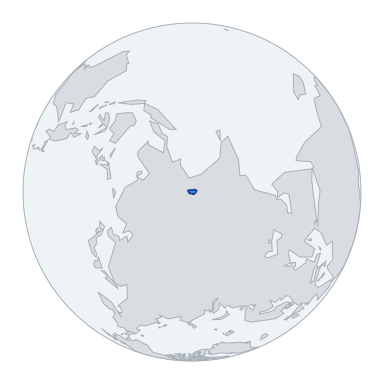 globe centered on Bhutan, rotated 178°
{"feature_id": "BTN", "entity_name": "Bhutan", "entity_type": "country or territory", "adm_level": 0, "iso_a3": "BTN", "parent_name": "Asia", "parent_adm1": "", "projection": "orthographic", "projection_center": [90.584, 27.506], "detail": "fine", "context": "on_globe", "style": "filled", "palette": "blue", "viewbox_px": 384, "rotation_deg": 178, "n_neighbors": 0, "source": "natural_earth", "source_scale": "50m", "svg_char_len": 11631}
<svg xmlns="http://www.w3.org/2000/svg" viewBox="0 0 384 384"><g transform="rotate(178 192 192)"><circle cx="192" cy="192" r="169" fill="#eef3f6" stroke="#a8b0b8"/><path d="M256.1,35.7L254.7,35.4L261.5,40.8L268.7,44.7L263.1,42.5L280.2,52.1L287.2,58.7L276.2,50.0L272.7,48.3L275.8,51.8L272.9,50.9L272.7,52.2L268.9,50.9L262.8,46.5L260.2,45.8L262.6,48.4L260.3,49.1L257.2,45.3L252.8,46.4L241.8,40.3L236.6,33.1L227.3,30.4L213.7,25.4L211.8,25.5L205.4,24.4L200.9,24.3L199.6,23.8L197.1,24.2L199.1,24.7L198.6,25.2L196.1,25.3L194.1,24.6L195.1,24.4L193.2,24.3L193.2,24.0L191.8,24.2L189.6,23.6L188.1,24.5L183.2,24.3L182.8,23.9L187.7,23.5L195.9,23.1L208.3,23.8L220.5,25.5L232.6,28.0L244.5,31.4L256.1,35.7ZM176.3,23.8L176.6,23.7L171.0,24.4L164.3,25.3L164.2,25.3L176.3,23.8ZM157.0,26.7L156.9,26.7L156.4,26.8L157.0,26.7ZM274.5,48.1L272.5,46.3L275.5,48.4L274.5,48.1ZM273.3,52.6L274.8,53.5L274.1,53.9L273.3,52.6ZM178.3,23.6L178.1,23.6L178.3,23.6ZM184.3,23.2L184.6,23.2L183.7,23.3L181.9,23.4L183.0,23.3L184.3,23.2ZM267.6,52.4L266.0,52.9L266.6,51.6L267.6,52.4ZM179.9,23.5L186.8,23.1L189.1,23.1L187.7,23.4L179.9,23.5ZM264.3,52.8L260.4,54.6L263.5,56.5L252.6,52.4L259.6,52.0L259.8,49.9L261.7,51.8L264.3,52.8ZM200.8,24.9L198.5,24.3L202.7,24.7L200.8,24.9ZM203.6,25.0L217.0,26.4L219.1,27.6L214.2,26.7L218.7,28.5L213.1,28.3L209.3,27.3L209.1,26.5L207.1,27.1L203.6,25.0ZM247.3,50.1L245.4,50.0L246.2,49.3L247.3,50.1ZM198.8,25.4L201.3,25.4L203.3,26.4L198.5,26.5L199.4,26.1L198.8,25.4ZM222.7,29.1L223.3,30.1L218.9,30.1L218.6,30.5L213.1,28.4L222.7,29.1ZM197.7,26.0L196.1,26.6L192.9,26.4L196.4,25.5L197.7,26.0ZM205.8,26.6L206.5,27.2L204.5,26.9L205.8,26.6ZM180.6,26.4L183.6,26.1L184.9,26.5L180.6,26.4ZM195.7,26.9L196.8,27.0L197.7,27.2L196.0,27.6L195.7,26.9ZM210.4,28.7L208.5,28.7L212.4,29.6L209.3,29.9L206.3,28.5L206.3,29.2L205.3,29.4L203.9,28.1L210.4,28.7ZM196.8,28.7L191.8,27.4L186.0,27.7L184.7,27.3L194.3,27.0L196.8,28.7ZM201.1,28.4L198.1,28.4L198.0,27.7L199.9,27.3L201.1,28.4ZM208.3,30.7L213.9,30.5L214.3,30.9L208.3,30.7ZM195.1,28.9L196.4,29.2L194.7,29.0L195.1,28.9ZM204.3,30.2L206.2,30.0L206.7,30.4L204.3,30.2ZM197.2,30.1L195.6,29.6L196.9,29.2L197.2,30.1ZM200.5,30.2L200.7,30.8L198.3,29.4L201.2,30.1L200.5,30.2ZM204.4,30.6L205.3,30.8L203.6,30.6L204.4,30.6ZM193.3,32.0L190.0,30.3L192.8,29.4L195.7,31.1L193.3,32.0ZM45.0,108.6L55.8,97.2L54.0,102.6L59.3,110.7L59.2,113.4L53.6,119.7L53.6,137.9L59.4,134.2L64.3,146.9L70.8,151.5L81.7,139.0L71.3,131.0L74.3,122.8L86.6,123.2L96.5,130.9L98.0,128.0L95.9,117.9L102.3,114.9L95.6,114.2L95.2,118.0L91.0,117.8L91.1,114.4L93.4,113.3L91.6,110.1L81.2,116.8L79.7,121.4L72.5,117.5L69.3,125.0L65.8,126.5L69.9,114.4L72.7,111.2L76.9,96.5L73.3,99.4L69.1,113.7L68.6,111.4L63.7,116.2L67.0,110.9L72.5,95.3L68.7,92.2L56.6,99.5L56.0,97.5L58.7,91.8L70.4,79.9L70.6,85.9L74.7,82.5L80.9,74.8L80.4,77.5L83.0,75.4L83.7,77.6L90.8,75.5L92.4,77.6L101.1,72.0L103.2,72.5L97.4,75.5L94.3,79.0L99.1,84.9L101.8,84.7L107.0,80.8L107.7,83.2L112.2,78.8L117.8,80.8L114.7,74.8L120.8,70.8L127.5,69.8L128.9,67.6L118.1,69.4L114.3,71.1L111.9,74.3L101.1,79.1L98.2,78.2L107.4,69.6L104.3,67.7L112.8,62.5L136.8,59.9L143.7,61.8L142.7,73.0L137.7,74.5L135.5,71.1L132.1,77.9L135.0,75.6L135.5,77.8L141.5,75.2L142.2,76.8L146.8,71.9L148.2,73.5L145.3,76.5L155.4,74.7L160.1,77.6L162.1,76.6L162.9,74.6L168.3,79.9L169.5,78.9L168.2,76.8L169.8,73.5L174.6,70.0L176.2,72.0L174.7,73.5L173.9,80.1L169.6,84.3L170.7,84.9L174.9,81.7L175.8,73.6L178.3,71.0L178.6,74.6L178.7,73.1L180.4,72.4L183.6,73.8L183.7,69.8L200.6,61.7L208.5,64.2L206.9,68.0L220.4,66.0L228.3,70.0L227.0,67.8L232.7,66.1L230.3,64.7L230.1,63.6L243.5,59.8L247.9,60.9L252.3,57.8L251.6,56.8L248.6,55.8L252.6,52.4L263.5,56.5L264.3,58.5L270.5,60.2L271.6,64.6L275.4,69.3L273.1,73.9L276.3,77.7L278.4,77.9L284.3,83.7L289.3,95.3L276.1,84.5L266.8,69.0L269.8,74.9L266.5,73.4L265.9,75.5L268.2,80.0L270.2,80.6L260.1,88.4L260.4,101.8L267.0,100.2L272.2,103.7L278.2,120.0L270.1,144.1L276.9,150.9L278.1,155.8L273.8,159.5L272.0,152.3L266.6,150.3L266.2,146.0L258.7,150.2L257.8,144.3L252.4,150.9L255.6,155.4L262.6,153.5L258.3,162.4L266.7,170.0L268.9,180.0L258.6,199.0L246.3,205.5L245.8,208.7L240.3,205.5L234.0,212.2L244.8,229.1L244.8,234.1L234.0,244.3L233.6,240.6L219.2,232.1L217.0,244.1L228.0,253.4L231.8,264.4L223.6,261.3L219.7,251.6L214.6,248.3L215.6,238.0L210.5,222.5L202.2,225.4L202.5,219.1L194.3,206.0L182.1,209.5L163.1,224.8L161.1,240.5L154.2,246.5L144.4,222.4L143.5,206.6L137.7,207.1L129.4,191.9L108.7,185.7L107.7,181.1L103.4,181.8L97.9,175.5L97.2,168.1L92.9,166.9L95.3,186.6L100.1,187.9L106.9,183.2L106.4,189.6L112.0,197.1L98.7,208.4L71.2,211.0L71.9,198.8L68.5,160.1L70.5,156.9L70.6,156.5L70.7,155.7L67.0,160.4L67.5,153.1L65.7,178.7L63.9,188.6L70.8,211.6L69.3,212.8L72.5,218.2L86.9,219.7L86.3,223.5L77.4,238.0L60.4,252.8L64.7,269.2L66.7,281.3L60.5,284.0L65.5,294.0L62.9,294.3L65.7,299.3L66.1,302.4L65.2,303.2L61.1,298.8L51.0,285.2L42.4,270.5L33.1,249.3L31.0,240.5L29.0,231.2L24.8,206.1L25.5,196.4L25.2,190.2L24.2,188.1L24.4,180.7L24.2,178.5L24.0,174.1L26.0,160.4L29.2,146.9L33.4,133.7L38.7,120.9L45.0,108.6ZM45.9,108.7L44.3,111.3L45.9,108.7ZM103.5,147.0L111.6,151.3L113.9,140.6L117.3,141.6L116.8,137.8L114.1,139.9L113.9,130.0L119.5,129.1L121.6,125.0L118.9,123.4L108.6,126.8L108.8,140.6L104.4,143.4L103.5,147.0ZM96.4,62.7L94.6,65.0L91.4,66.7L89.3,65.4L94.0,62.7L96.4,62.7ZM92.8,68.0L102.6,60.6L104.2,61.5L101.6,62.1L101.8,63.5L97.7,65.0L89.7,73.6L86.3,75.8L84.4,71.4L86.9,71.4L88.5,69.0L92.8,68.0ZM124.5,44.0L128.7,41.9L126.8,46.5L123.1,48.0L120.8,46.4L123.9,43.8L124.5,44.0ZM176.1,24.6L177.8,24.3L178.4,24.4L177.4,24.7L176.1,24.6ZM181.9,26.2L169.1,26.3L170.4,25.8L161.3,27.0L161.3,26.4L167.2,25.6L160.3,26.3L165.7,25.3L160.6,26.0L173.8,24.2L178.3,23.8L173.3,24.4L173.2,24.9L174.5,25.0L181.6,25.0L191.3,24.7L192.7,25.5L191.2,26.2L189.0,26.4L188.8,25.7L186.2,26.5L184.2,25.7L181.9,26.2ZM172.1,39.7L172.7,37.8L167.1,41.3L165.0,39.6L164.5,40.2L161.1,39.7L156.0,40.3L155.8,39.4L154.0,40.0L151.7,39.9L149.0,40.5L147.7,39.3L144.4,40.0L145.7,39.1L140.3,40.8L143.7,39.0L141.0,39.0L139.1,40.7L138.6,34.7L135.7,34.2L131.4,35.1L137.9,32.5L146.0,30.3L154.0,29.2L155.9,30.3L158.5,29.2L160.1,29.5L157.4,30.2L162.6,29.3L163.2,29.8L170.3,30.1L177.5,29.0L180.3,29.3L177.8,30.0L182.3,29.9L179.5,31.5L181.4,31.9L180.6,34.1L174.7,35.7L177.3,36.0L176.8,38.0L172.1,39.7ZM192.9,32.6L186.3,34.4L182.0,34.5L185.2,30.6L183.9,30.1L185.8,28.1L192.1,28.0L190.9,28.6L191.3,29.1L189.2,28.9L191.1,29.5L189.6,30.3L190.8,31.1L188.3,31.4L192.9,32.6ZM62.0,112.2L62.4,113.7L63.8,115.1L60.7,118.3L62.0,112.2ZM65.5,101.6L66.3,102.1L62.7,106.9L62.2,105.6L65.5,101.6ZM69.9,98.5L66.7,101.7L68.2,99.2L69.9,98.5ZM98.5,75.9L99.8,76.5L98.7,77.6L96.6,78.5L98.5,75.9ZM155.0,51.2L156.1,49.6L157.2,49.6L162.1,47.0L164.0,48.2L161.8,50.3L155.0,51.2ZM78.2,140.1L74.5,141.4L74.4,139.3L75.6,139.3L78.2,140.1ZM65.8,129.4L67.2,133.6L65.0,130.3L65.8,129.4ZM157.9,52.1L159.7,50.8L159.6,52.2L157.9,52.1ZM165.6,49.0L166.0,50.5L164.8,48.1L165.6,49.0ZM150.8,352.4L154.1,353.6L151.4,353.2L150.8,352.4ZM87.0,288.9L86.6,306.5L80.8,304.0L76.9,297.3L75.0,285.8L80.7,285.1L82.7,280.5L87.0,288.9ZM271.2,284.6L275.7,284.4L275.5,285.1L271.2,284.6ZM266.6,283.1L271.8,282.4L265.6,284.7L266.6,283.1ZM273.8,282.2L279.1,279.9L281.4,278.4L280.9,279.8L273.8,282.2ZM263.0,283.7L242.9,285.9L234.8,284.8L236.8,282.2L249.9,281.7L263.0,283.7ZM236.2,282.2L223.7,275.9L205.8,255.1L212.2,255.4L230.7,267.7L229.6,269.9L237.2,275.1L236.2,282.2ZM266.0,266.0L264.7,272.7L253.8,273.6L248.7,273.1L245.2,265.0L247.2,260.5L251.4,260.2L267.0,243.2L272.5,246.1L267.9,253.1L272.4,258.3L266.0,266.0ZM161.8,242.0L165.9,251.7L162.1,252.8L161.8,242.0ZM272.8,231.6L266.8,239.2L272.1,229.4L272.8,231.6ZM275.6,222.5L276.3,225.9L273.5,223.0L275.6,222.5ZM246.1,213.6L241.7,214.8L241.4,212.3L246.8,209.3L246.1,213.6ZM270.5,188.5L271.3,195.9L270.7,198.5L268.3,194.4L270.5,188.5ZM176.7,63.6L167.7,65.6L162.5,68.5L161.6,72.1L159.1,68.2L167.1,63.7L176.7,63.6ZM197.4,61.6L198.2,58.9L200.4,59.8L200.6,60.6L197.4,61.6ZM196.1,60.1L192.3,57.4L194.4,55.7L197.0,58.2L196.1,60.1ZM174.8,53.9L172.0,54.3L172.2,53.1L174.8,53.9ZM292.9,327.3L295.8,324.4L300.0,321.6L295.7,325.3L292.9,327.3ZM286.0,320.7L255.7,334.8L249.8,335.0L252.9,331.6L250.7,322.6L252.8,322.5L253.4,315.6L272.2,305.9L286.2,290.7L294.8,289.3L302.4,278.0L310.8,275.9L307.2,284.2L314.6,285.7L322.7,267.0L324.2,282.2L327.5,285.0L324.8,293.9L307.5,314.6L300.5,320.5L300.5,319.9L297.2,322.5L294.0,323.8L295.0,320.0L291.7,322.6L296.1,317.9L290.7,322.7L290.3,320.3L286.0,320.7ZM344.1,264.4L344.5,264.0L344.2,265.4L343.6,266.3L344.1,264.4ZM350.1,250.4L350.0,251.0L349.7,251.7L350.1,250.4ZM350.0,250.4L350.8,248.2L350.3,249.9L350.0,250.4ZM349.0,244.9L349.6,243.6L349.7,244.1L349.0,244.9ZM282.3,283.1L288.7,276.9L292.0,275.7L282.3,283.1ZM348.7,243.7L347.6,244.6L347.8,243.5L348.7,243.7ZM349.1,241.3L349.1,240.1L349.4,242.6L349.1,241.3ZM347.1,240.4L348.3,241.5L346.9,240.8L347.1,240.4ZM346.2,241.5L345.2,241.3L345.3,240.8L346.2,241.5ZM331.7,252.4L336.0,257.8L332.0,259.8L327.8,257.2L323.5,263.6L314.3,266.5L316.7,262.8L315.7,258.7L305.6,260.2L303.6,257.8L307.4,254.7L300.4,254.3L308.1,250.7L311.0,256.0L315.2,249.8L322.1,248.5L328.4,247.9L333.0,250.1L331.7,252.4ZM307.7,264.3L309.0,263.9L307.7,266.1L307.7,264.3ZM343.2,239.6L344.7,241.3L344.4,242.2L343.6,242.3L343.2,239.6ZM334.2,248.5L339.3,240.7L340.4,240.1L336.9,247.7L334.2,248.5ZM338.3,238.0L340.5,237.5L341.5,239.6L341.0,240.7L338.3,238.0ZM292.2,262.9L291.8,264.7L289.7,263.8L292.2,262.9ZM294.9,261.2L300.9,261.5L294.2,262.8L294.9,261.2ZM275.5,259.2L277.4,263.0L283.4,259.2L278.8,263.9L282.7,269.8L281.2,272.5L277.4,266.1L275.7,273.8L273.0,274.1L271.7,268.0L274.5,259.7L277.2,255.9L288.0,252.5L275.5,259.2ZM294.9,256.2L293.2,251.8L294.4,248.3L296.2,250.4L294.9,256.2ZM288.0,241.2L283.2,236.4L279.2,239.4L287.1,229.7L290.4,235.9L288.0,241.2ZM283.5,229.4L279.7,232.1L283.5,226.6L283.5,229.4ZM278.6,230.3L277.9,226.4L281.0,226.4L278.6,230.3ZM285.5,229.2L285.8,222.1L287.6,225.9L285.5,229.2ZM275.8,217.5L283.0,223.0L274.1,221.7L272.4,208.4L276.1,207.5L275.8,217.5ZM287.9,159.5L286.3,155.9L289.2,154.3L289.5,157.2L287.9,159.5ZM297.3,147.0L289.5,152.7L282.9,157.8L285.6,159.0L285.3,165.9L280.5,160.5L284.2,152.3L289.4,149.8L288.9,144.2L291.9,139.6L289.3,133.2L290.2,130.0L294.2,135.1L297.3,147.0ZM287.9,130.6L284.4,119.1L290.6,119.4L292.7,121.9L291.8,127.0L288.6,126.5L287.9,130.6ZM285.4,116.5L282.3,116.1L270.6,101.1L269.6,98.1L281.8,109.0L279.5,109.3L281.3,113.1L285.4,116.5ZM246.7,51.0L245.6,50.1L247.5,50.7L246.7,51.0ZM228.6,63.0L228.8,61.6L231.0,62.1L228.6,63.0ZM230.2,58.1L227.6,58.4L229.7,57.2L230.2,58.1ZM222.0,59.6L226.3,58.2L223.1,60.8L222.0,59.6Z" fill="#d9dde1" stroke="#a8b0b8" stroke-width="1"/><path d="M194.7,191.2L194.7,191.3L194.6,191.5L194.6,191.8L194.8,192.0L195.0,192.2L195.3,192.2L195.6,192.1L195.8,192.4L195.9,192.6L195.8,192.8L195.7,193.0L195.8,193.4L195.9,193.5L195.9,193.8L195.7,193.9L195.3,193.9L195.1,194.0L194.9,194.1L194.5,194.1L194.3,193.9L194.2,193.9L193.8,194.1L193.4,194.1L192.7,194.1L192.4,194.2L192.1,194.1L191.9,194.1L191.6,193.9L191.4,193.8L191.1,193.9L190.8,194.2L190.3,194.3L189.8,194.4L189.7,194.3L189.4,194.3L189.4,194.2L189.1,194.1L188.8,194.0L188.7,193.9L188.2,194.0L187.9,193.9L187.6,193.7L187.4,193.3L187.4,193.2L187.2,193.1L187.2,192.9L187.5,192.6L187.7,192.1L187.9,191.9L188.1,191.7L188.3,191.4L188.6,191.0L188.9,190.7L189.1,190.4L189.3,190.2L189.6,190.1L189.8,190.0L190.0,189.8L190.2,189.7L190.4,189.6L190.8,189.7L191.1,189.7L191.4,189.8L191.4,190.0L191.3,190.3L191.7,190.3L192.1,190.3L192.3,190.3L192.8,190.5L193.0,190.6L193.3,190.6L193.5,190.5L193.7,190.3L193.8,190.3L194.0,190.5L194.4,190.6L194.7,190.7L194.8,190.8L194.7,191.1L194.7,191.2Z" fill="#3b82f6" stroke="#1e3a8a" stroke-width="1.5"/></g></svg>